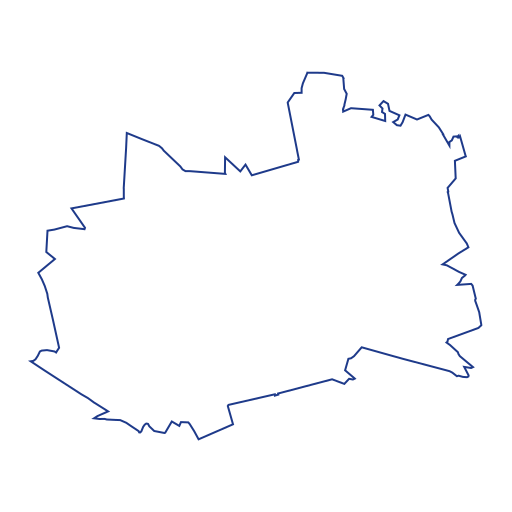 outline of Harare, Harare, Zimbabwe
{"feature_id": "62879985B33947363062254", "entity_name": "Harare", "entity_type": "district", "adm_level": 2, "iso_a3": "ZWE", "parent_name": "Zimbabwe", "parent_adm1": "Harare", "projection": "mercator", "projection_center": [31.083, -17.799], "detail": "fine", "context": "isolated", "style": "outline", "palette": "blue", "viewbox_px": 512, "rotation_deg": 0, "n_neighbors": 0, "source": "geoboundaries", "source_scale": "gbopen_adm2", "svg_char_len": 2991}
<svg xmlns="http://www.w3.org/2000/svg" viewBox="0 0 512 512"><path d="M456.9,376.2L458.6,375.7L462.9,376.9L467.0,377.2L468.4,376.5L468.6,375.4L464.2,366.9L471.1,368.0L473.0,367.1L472.5,366.7L459.8,356.1L458.4,353.9L457.9,352.2L450.0,345.0L446.5,342.5L447.4,341.7L447.5,341.6L447.7,340.5L448.1,339.0L478.5,327.9L478.9,327.5L479.5,326.9L481.3,325.3L481.3,325.2L481.3,324.8L479.2,312.2L476.6,304.7L475.2,300.8L475.2,299.7L475.8,298.7L472.6,285.6L471.2,283.9L457.2,284.9L458.6,283.5L460.4,281.4L461.9,278.0L465.0,275.5L465.3,275.2L465.6,274.8L459.0,271.9L446.8,265.3L442.6,264.4L458.5,253.4L468.4,247.3L466.8,243.5L459.1,232.8L454.5,223.0L452.6,215.0L452.3,213.9L451.6,211.6L448.1,193.2L447.7,192.1L448.3,191.7L447.6,187.9L455.7,178.4L455.6,176.6L454.9,160.8L465.8,156.4L465.4,155.2L460.1,136.5L459.6,137.4L458.4,137.6L458.4,135.7L457.0,136.9L456.5,136.4L453.5,136.6L451.8,140.4L449.4,142.0L449.4,145.6L442.9,134.4L443.2,134.2L438.8,127.3L431.6,119.6L429.7,116.3L428.4,114.9L417.0,119.5L405.5,114.6L402.6,122.2L400.5,125.7L396.9,125.2L393.2,122.1L397.7,119.5L399.4,115.3L389.5,110.9L388.0,103.8L383.5,101.1L379.5,105.4L382.5,108.5L382.0,112.0L385.0,113.9L385.2,121.0L371.6,116.9L373.3,114.8L372.9,109.8L351.0,108.2L343.2,111.6L343.2,111.3L343.2,111.1L343.0,109.8L343.0,109.4L343.2,109.1L343.2,108.9L343.2,108.6L343.4,108.5L343.4,108.1L344.4,105.5L344.4,104.7L345.7,99.2L346.7,93.8L344.1,88.9L344.1,88.5L343.3,78.2L343.5,78.1L342.2,75.8L324.0,72.8L307.4,72.7L307.4,72.8L302.9,83.3L301.6,88.2L301.6,92.8L294.3,93.0L287.9,102.2L287.7,102.6L296.9,149.4L297.2,151.1L298.9,159.6L298.2,159.8L298.1,161.8L251.8,175.3L245.5,164.6L240.3,171.4L225.1,157.3L224.9,172.7L225.4,173.9L190.6,171.2L188.1,171.1L185.4,171.1L182.5,169.4L180.3,166.4L163.8,150.7L162.0,148.3L159.1,145.9L142.1,139.2L126.8,133.0L126.1,148.2L123.8,186.9L123.7,188.1L123.8,188.6L123.8,196.1L123.9,198.5L122.9,198.7L71.5,208.4L85.0,227.8L84.5,229.2L83.9,229.1L73.7,227.9L67.1,226.2L54.3,229.6L47.5,230.7L46.3,252.0L54.9,259.0L38.3,272.8L41.9,279.4L44.8,286.1L47.3,293.8L47.8,297.5L53.0,320.1L59.1,347.8L57.0,351.0L56.1,352.5L54.6,351.5L52.6,351.1L47.0,350.1L41.7,350.6L39.9,351.5L37.8,355.8L35.5,359.3L33.3,360.9L30.7,361.3L44.3,370.3L80.9,394.0L81.4,394.3L81.9,394.6L87.8,398.0L94.4,402.8L95.0,403.1L108.1,411.4L97.6,416.0L94.1,418.3L99.6,419.0L104.6,418.9L106.8,419.5L115.0,419.9L120.2,420.1L126.3,422.8L130.8,425.9L138.6,431.1L139.2,432.4L140.1,432.5L141.3,431.4L143.2,426.8L144.7,424.7L146.2,423.6L146.7,423.6L148.0,423.9L148.2,424.2L149.3,426.3L154.2,431.0L164.5,433.0L165.2,432.7L171.8,421.5L179.3,425.9L180.3,423.6L181.0,422.1L188.3,422.4L189.8,424.2L194.2,431.2L198.6,439.3L233.0,424.3L227.8,406.0L228.5,404.9L274.8,394.3L274.9,395.6L278.3,394.6L278.1,393.5L332.1,379.3L344.3,383.9L349.1,378.8L352.9,379.5L354.8,378.6L354.7,378.5L345.1,370.3L348.4,358.8L351.0,358.3L354.0,356.2L361.7,347.3L393.8,356.3L398.2,357.5L402.8,358.8L444.8,369.9L449.6,371.2L452.3,372.6L456.9,376.2Z" fill="none" stroke="#1e3a8a" stroke-width="2"/></svg>